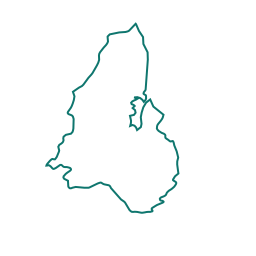 outline of Cienfuegos, rotated 221°
{"feature_id": "CUB-1319", "entity_name": "Cienfuegos", "entity_type": "Province", "adm_level": 1, "iso_a3": "CUB", "parent_name": "Cuba", "parent_adm1": "", "projection": "equal_earth", "projection_center": [-80.492, 22.206], "detail": "fine", "context": "isolated", "style": "outline", "palette": "teal", "viewbox_px": 256, "rotation_deg": 221, "n_neighbors": 0, "source": "natural_earth", "source_scale": "10m", "svg_char_len": 3132}
<svg xmlns="http://www.w3.org/2000/svg" viewBox="0 0 256 256"><g transform="rotate(221 128 128)"><path d="M190.6,211.7L190.0,211.6L183.3,208.4L176.3,206.5L171.5,201.5L162.9,198.0L157.9,192.6L140.0,168.7L139.6,167.7L139.6,166.5L139.5,165.3L138.8,164.1L138.1,164.0L136.1,164.4L135.5,164.1L133.7,162.1L133.2,160.8L133.2,158.1L135.6,158.7L138.4,158.6L141.2,157.4L143.4,155.1L140.9,155.9L140.0,156.5L140.6,154.6L141.5,152.7L142.2,150.9L142.2,149.1L140.9,148.4L138.9,149.1L137.4,149.0L137.6,146.1L134.4,146.1L132.3,144.5L132.1,141.8L134.5,138.5L130.5,135.5L129.0,133.6L127.7,131.0L126.6,133.2L124.6,134.0L122.2,133.7L119.8,132.4L118.9,137.1L120.5,140.0L125.4,144.5L127.8,148.6L130.0,153.6L131.0,159.0L130.0,164.1L122.9,160.8L109.9,161.3L108.7,158.8L108.3,157.5L108.0,155.0L107.9,151.2L107.8,150.0L107.5,149.0L107.0,148.1L105.8,146.5L104.7,146.1L103.0,145.9L99.5,146.4L97.2,147.2L95.7,147.3L94.9,146.9L93.9,145.6L93.0,145.1L91.5,145.2L90.3,145.4L87.7,145.5L87.0,145.8L86.6,146.3L86.1,147.0L85.7,147.5L85.1,147.5L83.9,146.9L81.6,145.2L75.9,142.3L70.7,138.6L69.0,135.2L67.0,132.8L60.1,126.7L60.8,122.6L60.6,120.8L60.4,120.0L60.3,119.0L60.1,118.5L59.8,118.2L59.1,118.2L56.5,118.6L55.8,118.4L55.3,117.9L55.0,117.2L54.8,116.1L54.6,114.1L54.8,112.4L55.1,110.5L56.0,107.5L56.2,105.7L56.2,104.6L55.7,103.1L55.5,102.3L55.7,101.1L56.2,99.8L57.5,97.4L57.7,96.3L57.5,95.4L56.9,95.0L56.4,94.7L56.0,94.7L55.4,94.9L54.7,95.4L53.9,95.7L53.2,95.8L52.8,95.7L52.6,95.2L53.0,94.1L55.6,88.9L56.1,87.4L57.2,83.8L57.3,82.9L57.0,82.4L56.4,82.0L55.5,81.8L55.1,81.5L55.0,81.1L56.2,79.3L58.2,77.5L59.1,76.5L59.6,75.8L61.5,73.5L62.5,72.7L66.0,70.7L68.0,69.2L68.6,68.5L70.0,67.3L71.3,67.0L73.1,67.1L81.3,69.8L82.6,69.9L86.4,69.5L101.5,71.5L103.1,72.2L103.9,72.3L104.9,72.2L108.6,70.1L109.7,69.6L110.7,69.4L112.1,69.2L112.7,69.0L113.5,68.0L114.5,66.2L118.1,57.8L118.7,56.9L122.0,54.1L128.8,49.2L130.8,46.4L131.2,45.5L131.8,44.8L132.6,44.3L134.0,44.4L134.8,44.8L138.7,48.8L142.8,47.8L144.2,48.2L144.9,49.3L144.9,52.5L144.5,54.6L143.7,57.5L143.6,58.5L143.7,59.1L144.0,59.5L144.7,59.8L145.6,59.8L147.4,59.0L148.5,58.4L150.3,56.9L151.1,56.5L152.0,56.4L153.2,56.5L154.1,56.4L154.6,56.0L155.0,55.5L156.2,50.6L156.8,49.1L157.3,48.3L157.9,48.0L158.9,48.0L161.2,48.3L162.2,48.2L163.2,48.0L163.7,47.6L164.4,46.6L164.9,46.1L165.2,46.8L165.4,48.2L165.4,52.1L165.2,54.0L164.8,55.0L164.3,55.3L163.7,55.6L163.2,55.9L162.6,56.4L162.6,57.6L162.8,59.5L164.6,64.8L165.2,65.9L168.3,68.1L168.8,70.3L168.2,72.2L167.9,73.8L168.0,75.1L168.7,76.6L169.8,77.4L170.4,78.3L170.9,79.2L170.4,82.1L167.3,86.3L167.3,88.7L167.9,90.1L168.9,91.8L174.9,99.1L176.9,100.4L178.1,100.7L179.2,100.5L181.7,99.6L182.5,99.5L183.2,99.7L183.6,100.1L183.9,100.9L184.4,105.8L184.9,107.8L185.8,110.3L187.2,113.5L189.2,116.8L193.3,119.2L191.5,126.3L191.0,127.6L190.3,129.4L190.1,131.4L190.8,139.9L190.7,144.2L190.8,146.1L192.5,154.8L193.3,157.8L194.5,160.5L197.5,163.7L198.4,165.2L198.8,167.0L199.1,172.8L199.0,176.1L199.2,178.2L199.8,180.1L203.1,183.3L203.4,183.7L203.2,186.7L197.3,194.4L192.9,198.8L191.8,200.4L191.2,201.5L191.0,202.6L190.6,211.7L190.6,211.7Z" fill="none" stroke="#0f766e" stroke-width="2"/></g></svg>